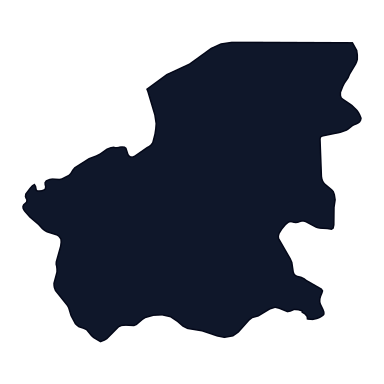 outline of Oio
{"feature_id": "GNB-772", "entity_name": "Oio", "entity_type": "Region", "adm_level": 1, "iso_a3": "GNB", "parent_name": "Guinea-Bissau", "parent_adm1": "", "projection": "orthographic", "projection_center": [-15.268, 12.289], "detail": "fine", "context": "isolated", "style": "filled", "palette": "ink", "viewbox_px": 384, "rotation_deg": 0, "n_neighbors": 0, "source": "natural_earth", "source_scale": "10m", "svg_char_len": 2780}
<svg xmlns="http://www.w3.org/2000/svg" viewBox="0 0 384 384"><path d="M250.0,42.4L352.4,42.8L356.7,50.5L357.3,55.0L357.3,59.4L356.5,62.0L355.6,64.0L349.6,74.0L348.0,77.8L344.3,83.2L342.7,86.4L340.4,92.3L340.4,95.5L341.1,97.8L342.4,99.0L351.8,105.4L356.8,110.3L357.7,111.5L358.6,112.9L359.7,115.0L361.0,118.2L360.5,120.3L359.5,121.9L358.0,123.0L356.2,123.9L354.3,124.6L352.5,125.5L348.0,129.1L346.4,130.1L340.5,132.2L322.5,135.9L320.6,136.8L320.0,138.8L321.4,176.4L321.8,178.8L322.5,180.9L323.4,182.5L324.5,183.9L331.7,189.9L333.2,191.6L334.3,194.6L335.1,199.8L334.0,207.3L333.8,224.9L333.1,228.1L331.5,229.2L327.4,228.5L320.2,228.1L318.0,227.7L316.1,227.1L306.2,221.8L304.9,221.3L303.5,221.0L301.7,221.0L299.7,221.5L297.9,222.2L295.8,222.5L293.7,222.2L291.8,221.7L289.9,221.6L288.3,222.2L286.8,223.4L285.4,224.6L281.8,228.9L279.0,233.4L278.3,236.1L278.5,238.5L290.2,258.8L291.8,262.5L293.2,272.0L293.9,273.9L295.1,275.3L296.8,276.3L301.0,277.3L304.1,278.8L306.1,280.4L321.3,289.1L322.5,290.9L321.9,292.9L320.5,296.3L319.8,298.9L319.7,301.4L319.8,302.3L320.3,304.1L322.9,309.5L323.8,312.0L323.9,313.4L323.7,314.5L323.1,315.1L321.9,316.0L320.5,316.9L318.7,317.8L316.7,318.5L312.7,319.4L308.4,319.1L307.4,318.9L307.2,316.5L304.9,313.8L302.2,312.2L302.2,310.9L298.4,309.7L294.1,309.4L290.4,311.0L287.5,311.6L279.2,308.2L275.1,307.2L269.8,308.9L258.2,315.9L252.2,317.5L249.0,320.0L238.3,332.0L232.9,335.8L224.4,337.3L217.3,335.9L202.2,330.8L187.6,328.4L183.0,326.1L177.6,321.4L170.6,316.7L162.2,314.8L153.4,315.2L145.2,317.5L142.4,319.3L136.3,324.5L133.9,325.5L125.8,325.1L121.6,325.4L118.6,326.7L106.8,338.6L104.5,340.0L100.5,341.6L93.6,337.5L91.5,335.6L86.6,329.6L83.5,328.2L78.9,326.7L76.9,325.1L75.4,323.7L71.1,315.6L68.7,307.7L67.5,305.5L55.5,290.5L54.4,287.5L54.1,285.7L54.0,283.3L57.0,272.1L57.0,269.0L56.7,266.3L56.2,264.3L56.3,261.9L60.7,246.2L61.2,242.2L61.0,239.2L60.0,237.6L58.8,236.1L57.2,235.0L47.1,231.8L45.3,230.8L43.7,229.7L42.3,228.5L38.6,224.4L30.0,217.1L24.9,211.3L23.8,209.7L23.1,208.1L23.0,206.4L23.7,204.8L26.6,202.2L27.0,199.8L26.2,198.4L25.5,196.6L25.8,194.1L30.1,188.4L32.4,185.8L34.4,184.6L35.5,186.4L36.2,190.1L37.4,191.0L39.3,191.0L41.7,190.8L43.8,190.1L45.4,188.9L45.7,186.5L45.2,184.6L45.1,182.7L46.3,180.9L49.7,179.5L52.4,179.1L59.4,179.5L61.6,179.1L69.0,175.4L70.8,173.6L72.9,170.1L74.9,167.7L89.1,158.7L96.3,156.0L100.1,154.1L107.0,149.2L110.7,147.8L113.6,147.3L115.4,147.8L117.2,147.7L118.3,147.6L120.1,147.1L122.3,147.0L124.4,147.2L125.9,148.3L127.9,154.5L129.0,156.0L130.5,157.0L132.6,157.1L134.8,156.2L147.3,147.5L149.1,146.6L151.0,145.1L152.8,142.7L155.0,134.2L155.8,128.8L156.2,123.6L154.9,114.9L147.9,91.4L147.0,89.2L166.9,74.6L189.6,64.1L211.3,48.4L221.0,44.0L231.8,42.4L250.0,42.4Z" fill="#0f172a" stroke="#020617" stroke-width="1.5"/></svg>